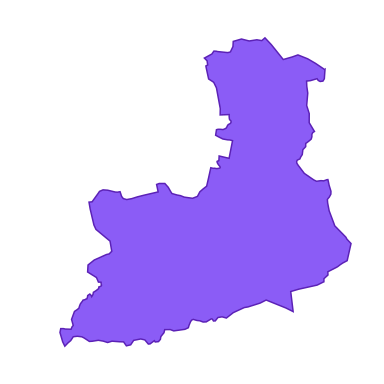 outline of Shanono, Kano, Nigeria, rotated 262°
{"feature_id": "59680162B7876035432306", "entity_name": "Shanono", "entity_type": "district", "adm_level": 2, "iso_a3": "NGA", "parent_name": "Nigeria", "parent_adm1": "Kano", "projection": "orthographic", "projection_center": [7.967, 12.098], "detail": "fine", "context": "isolated", "style": "filled", "palette": "violet", "viewbox_px": 384, "rotation_deg": 262, "n_neighbors": 0, "source": "geoboundaries", "source_scale": "gbopen_adm2", "svg_char_len": 3671}
<svg xmlns="http://www.w3.org/2000/svg" viewBox="0 0 384 384"><g transform="rotate(262 192 192)"><path d="M59.5,275.5L79.7,275.9L80.9,284.1L82.4,303.0L84.6,309.6L84.7,310.1L87.8,310.6L90.9,315.1L94.1,315.4L97.7,325.7L99.3,328.5L100.7,331.4L102.4,336.1L118.8,342.3L123.8,338.8L125.8,338.1L138.7,328.6L140.4,328.3L154.3,325.2L162.2,324.8L165.7,325.0L166.6,325.8L167.8,327.2L170.5,329.2L173.4,329.7L179.7,328.7L183.2,328.5L185.4,328.3L185.4,327.2L185.2,326.4L184.7,323.9L185.3,321.3L185.3,318.4L185.3,316.8L187.0,314.3L194.8,305.8L203.6,300.9L206.0,299.8L207.7,299.9L208.9,300.7L209.4,302.2L209.7,303.4L211.5,304.5L213.7,306.4L218.5,307.7L221.1,310.9L224.3,311.4L224.8,312.5L226.6,315.6L227.8,317.4L230.0,318.4L232.3,318.7L234.0,319.8L234.9,321.7L244.3,317.7L253.3,319.0L261.7,317.6L273.8,320.4L280.7,320.4L285.9,320.9L285.8,324.9L286.8,331.6L284.9,332.5L283.6,334.3L283.6,337.1L285.7,338.8L295.0,340.8L294.8,340.4L302.2,332.2L307.8,325.1L313.0,316.0L313.0,315.9L311.8,310.1L310.5,300.8L326.8,291.1L334.5,285.7L332.2,282.2L333.7,277.4L333.6,269.6L336.6,262.3L335.4,253.8L330.3,252.8L325.5,249.6L325.2,248.7L325.1,246.7L327.5,236.9L328.0,235.7L328.5,233.3L325.9,230.9L322.9,222.9L319.8,225.2L315.6,225.2L314.9,223.3L314.2,223.3L312.4,223.4L301.6,224.2L298.3,228.0L297.5,228.8L291.7,230.7L270.7,231.6L264.4,230.6L263.5,239.6L261.5,239.3L259.6,239.2L258.3,239.3L257.4,240.3L255.9,240.5L254.9,239.9L254.3,239.0L253.8,237.4L253.0,236.5L251.6,235.6L250.5,234.7L250.0,233.4L249.5,231.4L250.1,229.0L250.5,226.6L250.3,224.9L244.9,223.3L242.9,226.0L240.2,229.9L238.7,234.5L238.3,236.6L237.2,239.3L220.2,233.4L223.9,223.9L219.9,223.1L219.5,222.9L219.1,222.7L219.1,221.9L219.0,221.3L218.6,221.0L218.2,221.0L217.3,221.2L216.6,221.4L215.3,222.0L214.2,222.7L213.5,223.1L212.6,223.4L212.0,223.1L211.8,222.7L211.7,220.9L211.8,219.4L212.4,217.7L212.5,216.2L213.4,214.0L204.0,210.5L195.7,207.3L193.4,203.3L191.1,199.8L186.9,196.8L185.7,191.7L188.0,183.6L190.0,180.1L191.1,176.8L193.3,171.9L195.0,171.1L200.0,169.1L204.2,166.3L205.0,160.7L204.4,158.0L196.8,158.5L195.5,143.9L194.8,137.4L194.5,135.5L193.8,131.4L193.6,126.3L195.0,123.1L197.4,121.7L202.3,120.8L202.2,117.9L202.5,116.8L202.6,116.1L205.5,108.8L206.5,104.2L205.5,100.5L203.7,98.9L196.2,91.7L196.3,88.6L189.3,88.8L172.9,90.3L168.3,91.7L154.8,104.0L144.5,104.3L142.2,101.3L142.0,98.6L138.3,85.8L134.2,78.9L127.3,77.5L120.6,85.5L115.8,86.8L115.5,88.5L115.3,89.4L114.9,89.4L114.5,89.4L114.0,89.3L113.7,89.2L113.4,89.2L113.2,89.3L112.8,89.4L112.3,89.4L112.0,89.3L112.0,89.2L111.8,89.0L111.5,88.8L111.5,88.5L111.3,88.1L111.2,87.7L111.0,87.4L111.0,87.1L111.0,86.7L110.9,86.5L110.6,86.5L110.4,86.4L110.1,86.4L109.8,86.3L109.4,86.0L109.1,85.7L108.8,85.2L107.5,82.9L106.4,80.4L104.3,79.7L102.3,78.1L103.7,77.7L105.2,76.6L104.0,74.3L102.6,73.9L100.8,73.0L100.8,72.1L100.3,71.0L100.1,69.0L99.1,68.3L98.3,67.4L97.6,66.7L96.6,65.8L95.2,65.0L94.2,64.5L92.8,63.9L91.6,62.1L90.1,59.0L82.6,55.0L76.4,55.8L75.1,54.4L72.9,53.1L73.4,50.5L73.9,47.5L74.6,45.7L75.0,43.0L71.3,41.7L71.2,41.7L61.6,43.1L57.0,44.6L59.9,48.3L61.7,51.2L65.2,54.3L65.1,58.4L63.9,62.8L62.5,64.8L58.3,69.6L58.1,72.3L58.2,78.6L56.7,83.3L54.7,87.5L55.4,92.0L53.8,99.3L53.1,103.4L48.8,105.6L49.2,110.0L53.2,113.6L53.6,120.8L52.1,124.7L47.5,127.6L47.4,129.3L50.0,134.0L48.6,134.7L48.5,138.0L50.5,140.2L53.1,141.0L56.6,144.7L59.5,145.8L58.8,151.3L57.0,154.6L57.0,165.9L58.1,169.5L60.4,170.5L63.9,172.6L65.2,173.9L65.7,175.5L64.1,179.0L63.4,181.8L61.7,184.9L61.4,188.0L63.7,193.5L63.2,194.5L61.3,195.3L61.1,197.1L64.1,200.2L64.2,204.4L62.4,208.5L66.8,216.1L70.3,227.7L70.4,231.5L72.5,244.0L74.7,250.4L64.1,268.8L59.5,275.5Z" fill="#8b5cf6" stroke="#5b21b6" stroke-width="1.5"/></g></svg>